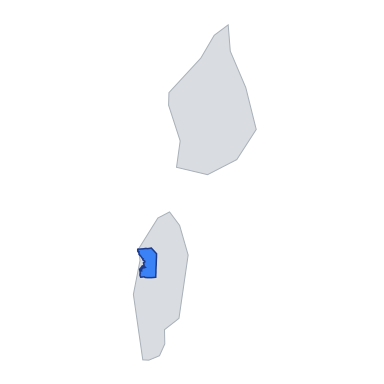 Safata, Tuamasaga, Samoa (highlighted), rotated 82°
{"feature_id": "51752279B93742903917224", "entity_name": "Safata", "entity_type": "district", "adm_level": 2, "iso_a3": "WSM", "parent_name": "Samoa", "parent_adm1": "Tuamasaga", "projection": "albers", "projection_center": [-171.851, -13.971], "detail": "fine", "context": "in_parent", "style": "filled", "palette": "blue", "viewbox_px": 384, "rotation_deg": 82, "n_neighbors": 0, "source": "geoboundaries", "source_scale": "gbopen_adm2", "svg_char_len": 3851}
<svg xmlns="http://www.w3.org/2000/svg" viewBox="0 0 384 384"><g transform="rotate(82 192 192)"><path d="M139.0,119.7L166.1,143.1L177.0,174.2L165.4,203.9L139.8,196.6L102.8,203.1L90.4,201.0L60.6,164.6L39.9,148.2L31.5,132.9L57.9,134.5L96.2,124.2L139.0,119.7ZM351.4,264.1L285.3,264.3L252.6,253.0L241.0,252.9L213.0,229.4L208.6,217.0L223.4,208.9L253.9,204.6L315.3,222.5L324.5,238.4L338.7,240.1L349.6,247.0L352.5,258.2L351.4,264.1Z" fill="#d9dde1" stroke="#a8b0b8" stroke-width="1"/><path d="M241.8,240.1L241.9,241.5L241.9,242.2L241.9,242.9L241.9,243.2L241.9,243.5L241.9,244.1L241.8,244.3L241.8,244.5L241.6,244.9L241.5,245.2L241.5,245.8L241.4,245.9L241.5,247.9L241.5,248.6L241.4,249.3L241.3,250.5L241.3,251.2L241.1,252.6L241.1,252.8L241.1,253.7L241.6,253.8L242.0,253.8L242.3,253.9L242.5,253.8L242.9,253.8L243.3,253.8L243.5,253.9L243.6,253.7L243.5,253.8L243.4,253.8L243.3,253.7L243.2,253.6L243.3,253.5L243.4,253.4L243.4,253.2L243.5,253.0L243.6,252.9L243.8,252.8L244.0,252.9L243.9,252.9L243.9,253.0L244.0,253.1L244.3,253.2L244.5,253.2L244.8,253.1L245.1,253.0L245.3,253.0L245.5,253.0L245.8,252.9L246.0,252.9L246.1,253.0L246.3,253.1L246.5,253.1L246.6,252.9L246.8,252.7L247.0,252.6L247.3,252.5L247.3,252.4L247.5,252.2L247.8,251.9L248.1,251.8L248.3,251.7L248.5,251.6L248.8,251.4L249.3,251.2L249.5,251.1L249.9,250.9L250.0,250.9L250.1,250.7L250.3,250.6L250.6,250.5L250.8,250.4L251.2,250.2L251.3,249.9L251.4,250.0L251.5,250.1L251.8,250.1L252.0,250.1L252.3,250.0L252.4,249.9L252.6,249.9L252.8,249.8L252.9,249.7L253.0,249.5L253.0,249.4L253.2,249.2L253.3,249.0L253.4,248.9L253.5,248.8L253.6,248.6L253.8,248.5L253.9,248.4L254.0,248.4L254.3,248.4L254.5,248.4L254.8,248.5L255.0,248.7L255.2,249.0L255.3,249.4L255.2,249.5L255.3,249.6L255.3,249.8L255.4,250.0L255.5,250.0L255.7,249.9L256.0,249.8L256.5,249.8L257.0,249.8L257.3,249.7L257.5,249.7L257.8,249.5L258.0,249.6L258.5,249.9L258.5,250.0L258.8,250.2L259.0,250.2L259.1,250.3L259.2,250.2L259.3,250.0L259.3,249.9L259.2,249.9L259.0,250.1L258.9,250.0L259.0,249.9L259.0,249.7L259.4,249.5L259.5,249.3L259.5,249.2L259.7,248.9L259.8,248.9L260.0,249.0L260.1,248.9L260.1,249.0L260.0,249.3L260.3,249.4L260.3,249.5L260.4,249.8L260.3,250.1L260.3,250.3L260.2,250.5L260.3,250.6L260.4,250.8L260.4,251.0L260.3,251.4L260.5,251.5L260.8,251.8L261.0,252.0L261.3,252.3L261.3,252.5L261.5,252.9L261.6,253.0L261.8,253.1L262.0,253.1L262.2,252.9L262.4,252.9L262.3,253.0L262.2,253.3L262.3,253.3L262.5,253.4L262.7,253.2L262.8,253.2L262.9,253.3L263.0,253.4L263.1,253.5L262.9,253.7L262.8,253.9L262.6,253.8L262.5,253.7L262.4,253.7L262.3,253.8L262.2,253.9L261.9,254.0L261.8,253.9L261.7,254.0L261.4,254.1L261.1,253.9L261.0,253.7L260.8,253.6L260.7,253.5L260.5,253.3L260.5,253.2L260.4,253.2L260.4,252.8L260.4,252.7L260.4,252.4L260.4,252.2L260.2,252.1L259.9,252.1L260.0,252.2L260.0,252.3L259.9,252.3L259.8,252.1L259.7,252.1L259.5,251.9L259.4,251.8L259.4,251.7L259.2,251.7L259.3,251.6L259.2,251.5L259.0,251.4L258.9,251.3L258.8,251.2L258.7,251.1L258.6,250.9L258.6,250.7L258.4,250.5L258.2,251.0L258.3,251.2L258.4,251.3L258.7,251.6L258.7,251.8L258.9,252.0L259.0,252.2L259.2,252.3L259.3,252.5L259.6,252.8L259.8,252.9L260.1,253.2L260.2,253.4L260.3,253.6L260.5,253.9L260.6,254.0L260.9,254.3L261.2,254.6L261.4,254.7L261.6,254.6L262.1,254.5L262.4,254.5L262.5,254.6L262.8,254.6L263.1,254.5L263.4,254.5L263.6,254.5L263.8,254.6L264.2,254.6L264.3,254.6L264.5,254.6L264.8,254.5L265.1,254.5L265.3,254.5L265.5,254.5L265.6,254.8L265.8,254.8L266.0,254.9L266.2,255.0L266.5,255.0L267.0,255.0L267.3,255.1L267.5,255.1L267.9,255.0L268.2,254.9L268.5,254.8L268.7,254.7L268.9,254.7L269.2,254.7L269.3,253.8L269.3,251.2L270.1,250.3L270.6,248.1L271.2,243.9L271.4,239.8L269.9,239.5L269.0,239.4L267.2,239.0L266.0,238.8L265.0,238.7L260.6,237.9L259.3,237.6L258.0,237.4L254.0,236.7L252.0,236.3L248.2,235.7L245.7,237.4L241.8,240.1Z" fill="#3b82f6" stroke="#1e3a8a" stroke-width="1.5"/></g></svg>